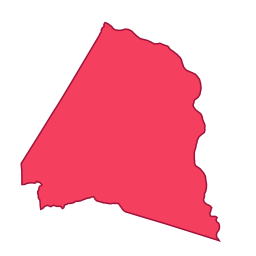 outline of Barão de Grajaú, Maranhão, Brazil, rotated 276°
{"feature_id": "56859067B33143624051874", "entity_name": "Barão de Grajaú", "entity_type": "district", "adm_level": 2, "iso_a3": "BRA", "parent_name": "Brazil", "parent_adm1": "Maranhão", "projection": "natural_earth1", "projection_center": [-43.215, -6.594], "detail": "fine", "context": "isolated", "style": "filled", "palette": "rose", "viewbox_px": 256, "rotation_deg": 276, "n_neighbors": 0, "source": "geoboundaries", "source_scale": "gbopen_adm2", "svg_char_len": 2762}
<svg xmlns="http://www.w3.org/2000/svg" viewBox="0 0 256 256"><g transform="rotate(276 128 128)"><path d="M225.1,92.1L223.3,91.3L220.4,91.3L219.2,90.4L217.3,89.9L198.4,81.2L168.2,67.3L150.6,59.1L140.0,54.0L138.8,53.3L113.5,41.1L111.7,40.2L109.1,39.0L100.9,35.0L81.5,25.5L79.8,25.8L74.2,26.9L67.3,27.7L60.7,28.4L60.9,30.5L61.3,31.6L62.2,33.0L62.8,34.9L63.3,36.9L63.5,39.1L63.3,40.8L63.9,42.0L65.4,42.7L64.8,44.1L64.9,45.4L64.2,46.6L63.3,47.5L62.5,48.4L61.5,47.7L60.9,46.3L59.9,45.9L56.9,45.6L55.7,44.9L54.5,44.9L53.4,45.1L52.1,45.6L51.1,45.9L49.5,46.1L48.4,46.6L47.5,47.6L46.3,48.1L44.5,48.4L41.9,48.8L38.0,49.7L38.9,51.3L39.8,52.3L41.2,53.2L42.5,55.4L42.4,57.0L41.9,58.5L41.7,59.6L43.0,61.3L43.3,62.6L42.6,65.2L42.9,67.5L42.9,69.5L41.8,70.3L41.0,71.3L42.1,72.5L43.7,72.7L45.1,73.4L45.7,75.1L46.7,76.5L46.9,78.3L47.8,81.3L48.5,82.4L49.6,83.6L49.9,85.7L50.3,87.7L51.1,89.4L52.0,90.8L52.7,92.6L53.8,94.5L54.5,97.3L55.4,98.6L56.1,100.9L55.0,102.0L53.9,102.6L52.4,104.2L52.1,105.6L51.3,110.2L51.0,111.4L51.1,113.4L50.9,116.3L50.8,118.5L51.4,120.3L51.6,121.8L51.6,123.2L51.9,124.9L51.8,126.5L48.2,129.7L47.2,130.5L46.2,131.4L45.3,132.6L44.4,134.3L36.5,176.2L25.5,230.5L27.0,229.3L27.8,228.5L28.8,227.6L29.7,227.3L32.1,227.2L33.4,227.5L35.7,228.8L37.1,229.3L38.3,229.4L40.4,229.1L42.1,228.5L42.9,227.9L43.9,226.2L45.8,225.1L48.2,226.0L49.0,224.9L49.2,223.4L48.8,220.7L49.2,219.2L51.4,218.2L53.3,218.8L55.3,219.0L57.5,219.6L59.2,217.7L60.8,213.4L62.7,211.1L64.7,210.6L68.0,211.2L70.5,210.9L72.8,211.8L76.0,212.2L79.5,212.1L81.8,211.6L82.9,211.2L85.7,210.5L87.9,210.1L90.2,208.6L91.1,208.0L92.9,206.1L93.8,205.2L95.1,203.8L97.6,199.1L99.7,197.9L101.4,197.8L104.6,197.1L110.0,196.6L111.6,196.6L115.7,197.4L118.1,197.5L120.3,198.0L122.9,198.1L124.6,198.8L126.3,199.3L128.7,201.3L131.6,204.4L134.2,204.7L135.6,204.3L137.7,204.4L139.6,203.9L144.2,201.3L146.9,200.6L148.6,199.7L150.1,198.4L152.7,194.0L154.2,192.4L156.6,190.5L158.5,190.4L159.8,190.8L161.9,190.9L163.2,191.5L164.5,193.2L165.9,194.4L167.2,195.2L168.8,195.9L171.3,196.2L173.1,196.4L174.1,196.4L175.5,196.5L176.9,196.1L178.1,195.9L179.6,195.6L181.2,195.0L183.1,194.3L184.1,193.8L185.1,192.8L186.2,191.9L188.5,189.4L188.9,188.1L189.6,186.4L190.4,183.6L191.1,181.5L191.4,180.3L192.8,178.5L194.5,176.9L197.1,175.8L198.7,174.9L201.4,174.0L203.2,172.7L206.2,169.2L209.2,164.4L210.5,161.9L211.7,160.6L212.8,159.9L213.5,158.9L214.8,153.2L215.4,151.9L215.5,150.1L214.9,148.7L214.4,145.9L215.1,143.4L216.0,141.6L217.1,138.0L218.2,130.6L219.2,129.1L220.6,126.8L222.3,124.6L223.2,123.3L224.3,122.3L225.6,119.6L226.1,117.7L226.0,114.8L224.5,111.1L224.2,109.2L224.2,105.3L225.1,103.2L227.3,101.1L228.6,98.7L229.6,97.2L230.5,94.2L228.8,93.3L226.0,93.4L225.1,92.1Z" fill="#f43f5e" stroke="#9f1239" stroke-width="1.5"/></g></svg>